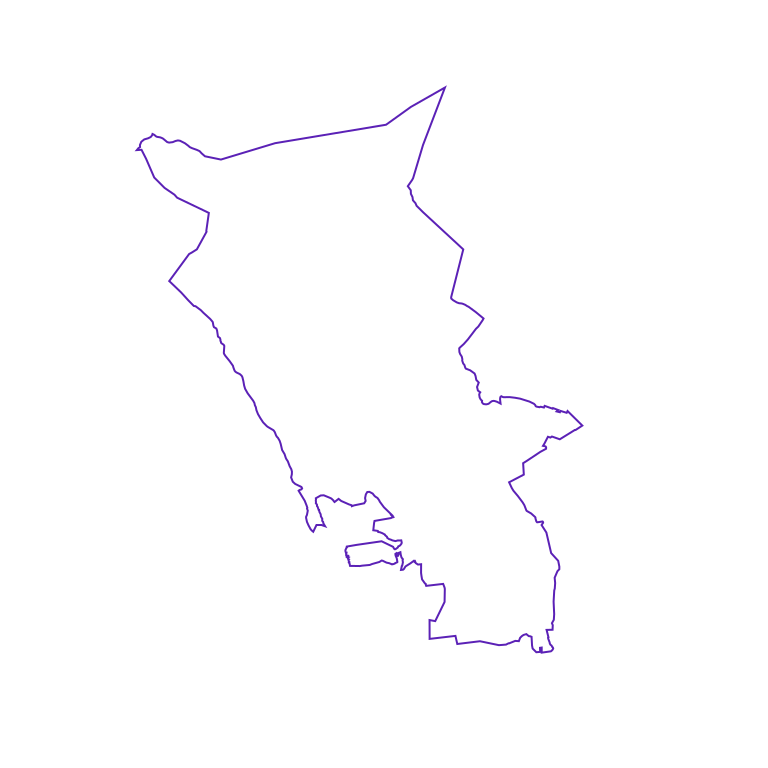 Tlalmanalco, México, Mexico (Natural Earth projection), rotated 255°
{"feature_id": "50627088B86677903952586", "entity_name": "Tlalmanalco", "entity_type": "district", "adm_level": 2, "iso_a3": "MEX", "parent_name": "Mexico", "parent_adm1": "México", "projection": "natural_earth1", "projection_center": [-98.767, 19.207], "detail": "fine", "context": "isolated", "style": "outline", "palette": "violet", "viewbox_px": 768, "rotation_deg": 255, "n_neighbors": 0, "source": "geoboundaries", "source_scale": "gbopen_adm2", "svg_char_len": 6121}
<svg xmlns="http://www.w3.org/2000/svg" viewBox="0 0 768 768"><g transform="rotate(255 384 384)"><path d="M654.6,519.6L644.7,481.7L633.9,453.1L644.8,341.1L643.0,284.6L650.3,270.0L653.9,267.6L656.7,266.1L658.6,263.8L661.5,259.6L663.1,257.7L664.8,256.6L668.1,254.0L671.7,250.0L672.6,248.0L672.7,245.5L672.3,242.5L672.8,238.9L673.8,237.2L678.2,234.1L679.2,233.0L680.2,231.6L681.5,228.7L682.3,227.8L684.0,226.7L685.4,225.1L684.4,224.5L683.2,223.0L682.9,222.3L682.4,219.7L682.3,215.7L680.8,212.3L678.0,210.1L676.0,209.7L675.4,207.9L673.9,205.8L673.0,210.4L663.1,212.5L642.9,215.5L630.2,222.8L621.1,230.6L617.5,232.4L594.6,259.1L577.7,251.9L577.0,252.0L562.5,238.1L560.7,232.3L560.0,229.4L539.0,203.2L525.0,211.7L515.7,216.5L508.6,220.5L507.9,222.1L502.7,226.2L499.5,228.0L491.7,233.0L488.5,234.5L487.8,234.6L484.4,234.3L482.9,234.5L481.0,236.4L479.0,236.6L472.8,235.9L470.9,237.4L469.4,237.5L468.1,237.2L466.9,237.4L466.2,237.3L465.5,237.5L463.4,239.3L462.1,239.6L455.4,237.3L454.3,237.4L452.4,238.0L446.1,240.8L440.7,242.8L439.0,242.8L436.7,243.0L435.3,243.2L434.3,243.7L433.3,244.5L430.9,247.3L428.9,248.6L427.2,249.0L423.2,248.9L418.7,248.5L415.3,248.6L410.3,249.9L401.7,253.3L399.2,253.9L396.9,253.8L394.8,254.2L391.7,254.0L387.5,254.5L383.1,255.7L378.2,257.3L373.6,259.9L372.6,260.7L368.0,265.2L367.2,265.6L365.6,266.1L362.5,266.4L360.9,266.8L359.5,267.6L356.2,268.5L352.9,268.7L346.6,268.5L342.0,269.8L338.1,270.0L336.9,270.2L334.2,271.1L329.0,271.6L325.7,272.4L323.2,272.4L320.6,271.6L317.8,270.1L313.2,270.6L310.4,272.4L305.9,277.6L304.4,277.9L303.6,277.0L303.5,275.1L303.0,273.9L291.7,277.2L286.5,277.8L284.2,277.9L283.6,277.4L281.4,277.6L277.5,275.7L275.9,274.4L274.9,274.1L270.8,273.9L267.0,274.5L262.8,275.5L261.2,276.3L259.6,277.4L265.3,282.3L264.0,287.1L261.8,290.3L265.1,289.4L266.6,289.5L267.4,289.0L268.4,289.0L269.7,289.5L272.5,288.8L274.6,289.1L277.2,288.5L279.1,288.7L279.2,288.3L282.6,288.1L283.3,287.7L284.9,288.0L286.5,287.3L287.4,287.7L289.3,288.0L290.0,288.4L291.3,288.6L292.7,294.0L292.1,297.0L288.2,302.1L287.0,303.5L284.6,305.0L283.9,305.1L282.8,305.7L284.8,310.4L282.1,312.4L276.7,319.1L275.3,321.3L274.3,321.3L274.5,323.7L273.9,334.0L275.8,336.0L278.7,336.2L282.1,337.9L284.0,339.9L283.6,342.0L281.1,344.7L278.5,345.8L277.3,346.6L275.6,348.2L272.7,349.3L271.6,349.4L265.0,352.0L255.3,357.8L255.3,357.2L253.0,358.6L252.9,358.2L253.0,357.0L252.7,356.0L254.2,339.4L252.4,338.5L245.5,335.8L243.7,340.0L242.5,340.1L242.0,341.5L240.4,343.7L238.3,345.9L237.7,345.9L235.7,347.3L234.6,347.3L232.9,348.7L231.9,350.3L230.8,351.6L229.3,354.4L229.3,357.1L229.0,357.7L228.5,360.2L226.3,360.1L225.3,359.6L224.0,357.9L223.6,356.9L223.5,355.8L222.5,355.0L221.7,353.0L221.5,351.8L222.1,351.2L224.4,350.6L232.7,341.0L235.7,315.8L236.6,306.1L236.2,306.0L236.3,305.8L235.7,305.5L233.6,303.8L232.6,303.5L230.8,303.5L230.7,304.1L228.6,303.1L227.3,303.3L226.7,303.2L226.6,304.3L227.4,304.9L227.2,305.1L226.7,305.0L226.4,304.5L225.9,304.2L225.7,304.6L225.5,304.1L224.8,303.9L223.9,304.2L223.9,304.5L223.7,304.7L223.3,304.1L221.6,304.2L221.2,304.4L220.9,303.8L220.5,303.8L219.9,304.3L217.1,304.1L214.4,313.6L214.2,315.8L212.9,323.4L213.2,325.9L213.3,333.5L214.1,336.0L213.6,337.0L210.8,340.2L209.6,342.6L208.1,344.6L207.9,345.3L207.7,345.3L207.6,346.8L207.9,348.4L208.1,348.5L208.4,350.7L208.9,350.9L212.4,351.2L215.2,350.8L216.9,351.0L217.2,351.8L214.5,351.4L214.4,353.1L215.7,354.0L216.7,353.2L217.1,353.2L217.0,353.8L217.3,356.3L214.9,356.0L211.9,356.0L209.9,356.9L209.2,356.4L206.8,356.1L203.7,354.5L203.6,354.1L200.0,352.3L199.7,354.4L200.1,355.3L202.1,357.4L202.5,358.4L203.9,363.0L205.5,367.1L204.5,367.4L204.8,368.1L202.8,368.3L200.8,370.1L200.3,373.2L191.9,370.9L188.7,370.5L185.4,370.2L181.1,371.8L179.9,372.6L179.6,372.4L178.1,372.5L175.6,389.4L171.8,389.8L170.3,389.7L157.8,386.1L141.7,372.1L144.2,366.9L126.0,362.1L122.2,387.8L113.9,387.5L110.7,410.1L102.0,427.4L100.7,434.4L101.3,437.2L101.1,437.7L101.9,444.3L100.7,447.7L103.6,449.8L104.8,451.9L105.5,453.9L105.6,456.7L103.0,458.6L102.5,459.9L101.6,461.1L93.0,459.3L90.0,459.1L85.5,461.7L84.8,465.5L88.8,466.4L88.6,468.1L83.7,466.8L82.6,476.0L82.9,476.8L83.8,478.2L84.8,479.0L85.9,478.9L86.5,478.4L87.9,478.2L89.1,477.3L90.3,477.0L91.7,477.1L95.5,476.7L96.8,476.9L97.0,477.1L97.0,477.3L104.4,477.4L103.0,483.2L107.4,484.6L109.5,484.3L112.3,487.0L117.6,488.8L129.9,491.5L140.5,495.0L142.2,496.0L147.4,497.8L152.7,498.7L158.3,503.1L159.7,505.4L162.2,506.1L168.1,506.5L177.4,501.7L198.5,502.4L207.0,499.7L208.8,501.8L209.9,501.8L210.2,501.5L210.7,496.5L210.9,496.0L211.9,495.6L214.9,495.5L215.6,495.7L216.3,495.6L220.9,492.6L224.4,489.1L225.0,488.8L230.6,488.2L233.7,487.3L241.2,484.3L247.4,481.4L250.5,480.5L256.7,479.4L260.3,495.6L271.5,497.9L272.8,502.1L278.0,517.5L279.5,523.8L280.9,524.2L281.7,524.0L282.1,523.6L283.1,521.6L284.9,523.5L290.6,528.7L289.2,530.9L289.8,532.6L285.1,539.5L290.0,555.8L290.2,556.3L290.0,556.9L290.1,557.5L292.5,564.8L310.4,554.3L308.9,553.0L312.4,547.4L311.2,546.6L312.8,543.7L313.8,545.5L317.0,541.0L316.5,540.5L316.7,540.2L321.3,533.5L319.9,532.4L321.3,529.8L321.5,529.2L321.3,528.3L322.7,525.4L323.3,524.8L324.6,524.6L326.1,523.7L329.4,519.9L334.6,511.7L336.8,507.0L338.8,502.0L340.3,496.1L340.8,495.2L341.8,494.2L341.6,493.4L341.0,492.9L340.2,492.5L339.0,492.1L334.9,491.5L337.7,488.4L338.9,486.5L339.3,485.6L339.5,484.1L339.0,482.4L337.9,480.1L337.8,479.2L337.9,477.4L338.8,475.2L339.5,474.5L340.4,474.1L341.3,473.9L342.4,474.4L344.0,473.4L346.2,472.9L349.1,473.2L350.4,474.0L351.1,474.8L353.4,473.0L357.0,473.1L360.9,475.9L364.1,474.2L368.1,474.5L370.7,474.2L374.9,470.8L377.7,467.0L378.9,466.7L381.6,466.6L383.3,465.8L386.3,465.6L387.7,466.1L390.4,466.2L393.2,465.3L395.4,465.1L399.0,465.9L399.7,467.0L401.9,471.3L405.3,476.5L413.5,487.1L415.1,490.0L420.2,495.9L421.5,497.1L429.8,491.2L436.8,485.6L437.6,484.6L439.5,482.9L441.2,480.7L441.7,479.8L442.6,477.4L444.0,475.4L447.1,472.4L449.1,471.1L450.4,471.3L493.5,495.4L539.8,466.2L547.7,461.6L550.5,461.2L553.9,459.5L557.2,459.9L560.7,459.2L564.2,460.0L568.9,458.2L573.8,464.0L575.3,465.4L604.7,483.5L654.6,519.6Z" fill="none" stroke="#5b21b6" stroke-width="2"/></g></svg>